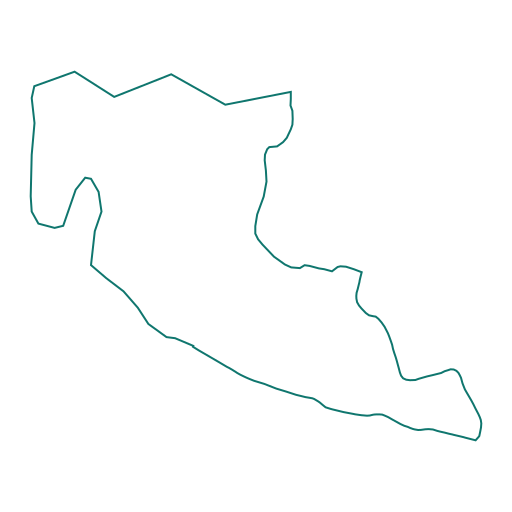 outline of Fond/Desruisseaux, Vieux Fort, Saint Lucia
{"feature_id": "8701671B476552117611", "entity_name": "Fond/Desruisseaux", "entity_type": "district", "adm_level": 2, "iso_a3": "LCA", "parent_name": "Saint Lucia", "parent_adm1": "Vieux Fort", "projection": "robinson", "projection_center": [-60.939, 13.794], "detail": "fine", "context": "isolated", "style": "outline", "palette": "teal", "viewbox_px": 512, "rotation_deg": 0, "n_neighbors": 0, "source": "geoboundaries", "source_scale": "gbopen_adm2", "svg_char_len": 2540}
<svg xmlns="http://www.w3.org/2000/svg" viewBox="0 0 512 512"><path d="M475.6,440.3L477.3,438.4L478.8,436.7L479.3,436.0L480.2,431.7L481.0,427.5L481.3,423.4L480.8,420.0L479.8,417.2L478.4,414.1L476.5,410.5L475.1,407.8L473.4,404.3L471.4,400.6L469.2,396.8L466.5,392.2L464.9,389.4L463.9,386.9L462.5,383.3L461.0,377.8L459.7,375.1L458.4,372.8L456.4,370.8L453.7,369.5L450.6,369.3L448.3,370.1L444.7,371.2L441.1,373.0L432.7,375.1L427.1,376.4L418.7,378.8L415.4,380.0L410.0,380.2L406.2,379.7L403.1,378.3L401.1,375.7L399.9,372.5L398.7,367.9L397.6,363.9L396.8,360.9L395.7,357.2L394.3,353.1L393.0,348.9L392.1,344.7L390.7,340.6L389.1,336.2L387.9,333.2L384.6,326.8L381.6,322.5L378.4,318.8L375.7,316.6L373.1,316.2L369.0,315.3L365.8,313.0L361.5,308.5L359.0,305.5L357.1,302.2L356.4,298.6L356.3,295.9L356.6,292.8L357.7,289.1L358.4,286.2L359.4,282.2L359.7,280.3L360.6,276.5L361.7,272.2L353.8,269.2L346.0,266.7L340.4,266.3L337.6,267.0L332.0,271.3L324.2,269.2L318.9,268.4L309.5,265.9L304.6,265.2L299.9,268.1L291.2,267.4L284.9,264.5L274.0,256.7L262.5,244.6L258.1,239.3L255.3,233.6L255.3,226.1L257.2,214.4L263.7,196.6L266.5,181.6L265.9,170.6L264.7,160.3L265.0,154.6L267.2,149.2L269.3,147.1L277.1,146.4L283.1,142.1L286.8,137.8L290.8,129.3L292.4,124.7L292.7,119.0L292.4,110.8L290.5,105.5L290.6,103.4L290.8,99.1L290.8,91.9L225.3,104.7L171.2,74.3L114.2,96.9L74.6,71.7L34.3,86.2L31.7,98.0L34.5,123.1L31.7,154.8L30.7,196.3L31.7,211.6L38.4,223.6L54.6,227.9L63.2,225.8L75.7,189.7L85.2,177.7L91.0,178.8L98.6,191.9L101.5,211.6L94.8,231.2L91.0,265.1L106.3,278.2L123.5,291.3L137.8,307.7L148.4,324.0L166.5,337.1L175.1,338.2L193.3,345.9L193.0,346.8L198.8,350.4L219.4,362.4L226.8,366.8L229.2,368.0L230.9,369.0L232.3,369.8L234.0,370.9L235.2,371.6L237.1,372.9L240.3,374.7L244.0,376.5L245.7,377.3L247.5,378.1L249.6,379.0L254.1,380.8L264.3,383.9L276.3,388.6L285.9,391.5L296.0,394.8L302.2,396.3L305.4,397.1L309.6,397.8L312.4,398.3L314.2,399.0L318.2,401.4L319.8,402.5L322.5,404.8L324.1,406.1L325.6,407.3L328.4,408.2L331.0,409.0L332.5,409.4L339.5,411.1L343.6,412.1L353.7,414.0L355.0,414.3L361.3,415.2L363.7,415.4L367.0,415.7L369.9,415.5L371.4,415.1L373.1,414.7L374.7,414.5L376.5,414.4L379.5,414.4L382.2,414.6L384.5,415.5L387.0,416.6L388.3,417.2L392.1,419.4L400.4,424.0L404.3,425.8L407.5,426.8L408.5,427.2L410.2,428.0L411.7,428.5L412.4,428.8L414.6,429.4L418.1,430.0L420.9,429.9L425.2,429.3L428.6,429.1L433.0,429.5L437.3,430.9L440.5,431.7L444.6,432.6L448.8,433.7L452.5,434.5L453.5,434.8L460.8,436.5L463.7,437.2L465.0,437.6L475.6,440.3Z" fill="none" stroke="#0f766e" stroke-width="2"/></svg>